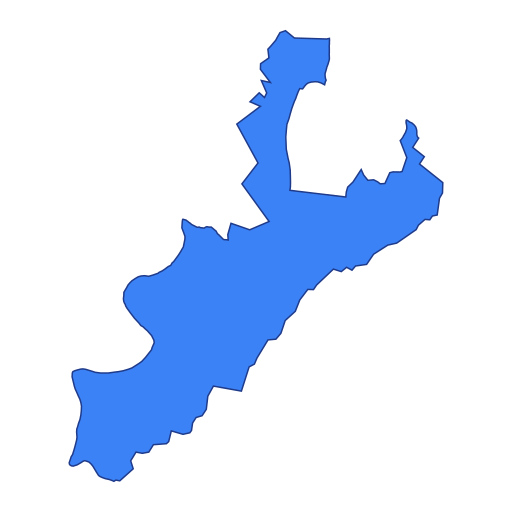 Wujal Wujal, Queensland, Australia (Robinson projection)
{"feature_id": "25037944B81164112312357", "entity_name": "Wujal Wujal", "entity_type": "district", "adm_level": 2, "iso_a3": "AUS", "parent_name": "Australia", "parent_adm1": "Queensland", "projection": "robinson", "projection_center": [145.313, -15.966], "detail": "fine", "context": "isolated", "style": "filled", "palette": "blue", "viewbox_px": 512, "rotation_deg": 0, "n_neighbors": 0, "source": "geoboundaries", "source_scale": "gbopen_adm2", "svg_char_len": 4117}
<svg xmlns="http://www.w3.org/2000/svg" viewBox="0 0 512 512"><path d="M280.0,32.6L278.7,34.9L277.8,36.4L275.7,40.3L270.6,46.3L267.9,49.2L268.9,57.9L260.6,63.7L260.4,69.3L270.4,82.5L261.3,80.5L266.7,92.9L264.5,97.5L259.2,92.8L250.0,101.8L260.4,106.3L236.8,124.1L258.0,163.0L241.9,183.9L269.1,221.5L249.7,229.8L231.0,223.3L227.8,234.6L228.2,240.0L227.1,239.8L223.9,239.6L223.2,239.2L220.5,236.5L218.5,234.5L217.6,233.9L216.9,232.7L216.1,231.1L214.6,229.9L211.3,227.1L209.1,227.1L206.9,226.7L205.7,227.1L204.1,228.1L202.6,227.9L200.2,227.6L199.4,227.1L198.7,227.1L197.5,227.3L196.6,227.1L196.2,226.8L194.0,225.7L191.6,224.5L190.2,223.2L188.5,222.1L187.7,221.3L186.6,220.6L186.1,220.1L184.2,219.6L183.3,219.3L182.8,219.3L182.5,220.0L182.3,221.4L182.0,225.6L181.9,227.9L183.7,232.7L185.0,236.5L184.9,239.2L184.0,243.7L183.3,247.1L182.0,249.2L180.6,251.7L178.3,255.3L173.6,261.7L172.2,262.8L170.7,265.4L168.3,266.5L164.6,269.3L162.2,270.9L159.0,272.4L158.2,273.2L153.1,275.0L149.7,276.0L148.3,276.3L146.9,276.0L144.4,275.7L141.0,276.0L138.2,276.8L135.3,278.5L131.9,280.8L129.9,282.8L128.1,284.9L126.6,287.7L125.4,289.7L123.9,292.3L123.8,295.6L123.4,298.8L123.8,301.5L124.6,303.5L125.2,304.3L125.7,306.0L127.0,308.2L130.4,312.9L134.6,318.4L138.9,323.0L140.8,325.5L143.2,326.9L145.3,329.0L147.3,330.7L151.6,335.6L153.9,340.2L154.2,342.8L152.1,347.6L151.5,349.8L145.6,357.3L141.9,361.3L139.2,363.3L134.2,366.5L132.0,367.9L128.5,369.2L123.1,370.8L118.2,371.7L114.0,372.2L108.4,373.0L100.5,373.0L95.2,372.3L92.5,371.4L85.6,369.3L82.9,368.9L80.6,369.1L76.8,370.1L74.9,370.7L72.9,371.6L72.3,373.0L72.1,376.8L74.4,386.4L75.3,389.2L76.7,392.2L78.2,395.7L79.9,399.3L80.9,402.7L81.5,406.2L81.3,410.8L80.9,414.8L80.0,419.4L78.5,423.5L77.6,426.8L76.8,429.0L76.6,432.0L77.0,437.2L76.6,440.1L75.3,445.3L74.2,449.3L72.6,454.5L71.2,456.7L69.9,460.7L69.2,462.7L69.4,464.1L70.1,465.1L71.6,465.9L73.2,466.1L75.1,465.5L77.1,464.9L79.5,463.5L81.4,462.4L83.0,461.3L84.6,460.7L86.0,461.0L88.9,462.0L91.1,464.0L92.8,466.1L94.7,469.2L96.4,472.1L98.5,475.4L99.8,476.4L101.9,477.4L105.2,478.6L109.3,479.5L112.3,480.6L113.9,481.3L115.9,480.1L119.8,480.8L133.2,468.8L130.7,460.8L136.0,452.1L142.4,453.3L148.8,452.1L153.4,444.7L166.4,443.7L168.7,441.6L171.3,430.9L183.0,434.3L189.8,432.8L191.5,430.5L192.6,423.0L196.1,417.5L202.1,415.7L206.3,409.3L207.8,396.2L213.4,386.1L241.4,391.1L249.1,366.9L254.4,364.1L257.0,358.0L268.0,339.9L275.9,339.2L280.9,333.3L285.2,320.5L295.3,311.3L299.8,299.9L307.8,289.4L313.5,289.6L316.6,285.0L333.4,269.1L341.3,271.6L346.6,267.3L352.0,270.2L355.5,266.0L366.6,264.4L373.6,254.2L387.8,245.1L396.7,243.1L416.2,229.6L418.4,225.2L425.0,219.4L429.8,219.8L432.4,216.0L437.2,215.0L439.5,198.2L442.5,193.0L442.8,182.6L419.5,164.0L424.3,156.7L412.7,147.4L418.7,138.1L418.1,137.6L417.7,137.2L417.1,135.9L416.8,134.3L416.8,132.7L416.8,131.3L416.6,129.8L416.1,128.0L415.5,126.6L413.9,124.7L411.8,122.9L410.2,122.3L406.8,120.0L406.5,120.0L406.2,120.4L406.0,121.1L406.2,121.7L406.2,122.1L406.0,122.7L406.2,123.3L406.3,123.8L406.5,124.8L406.7,125.9L406.8,128.7L406.1,130.7L405.4,132.7L404.6,133.9L404.4,134.5L403.7,135.5L402.8,137.4L402.1,138.3L401.3,139.4L400.2,140.6L401.3,143.4L406.8,157.6L402.1,171.5L400.0,172.0L393.0,171.9L389.8,172.7L384.9,183.5L380.2,183.8L377.6,181.8L373.7,179.8L367.9,180.3L363.7,175.1L361.2,169.5L360.0,171.3L353.0,182.0L347.7,187.1L346.3,191.9L345.8,197.0L297.1,191.2L293.1,190.7L289.9,190.3L290.4,187.0L290.5,182.5L290.4,176.8L290.2,170.0L289.2,162.8L288.1,158.5L286.3,149.3L285.8,136.9L286.4,129.6L286.9,124.4L288.9,118.8L290.3,113.6L291.9,108.2L293.3,104.3L294.5,101.1L295.1,99.9L295.7,98.6L296.6,95.9L298.3,91.5L299.7,88.6L302.6,88.9L305.1,85.6L306.5,84.1L308.3,82.9L311.1,82.1L315.2,81.7L317.9,81.9L321.2,83.0L324.6,84.8L325.4,81.6L325.9,80.8L326.1,80.1L325.5,78.6L325.2,76.8L325.0,74.6L325.2,73.1L325.8,71.1L326.3,69.4L326.9,67.0L327.9,64.5L328.7,61.8L329.1,60.4L329.4,58.9L329.3,56.0L329.2,54.5L329.3,52.7L329.3,48.6L329.2,45.5L329.4,44.3L329.4,42.0L329.5,40.1L329.4,38.4L326.5,39.0L307.1,38.4L300.3,38.2L294.4,38.0L285.5,30.7L280.0,32.6Z" fill="#3b82f6" stroke="#1e3a8a" stroke-width="1.5"/></svg>